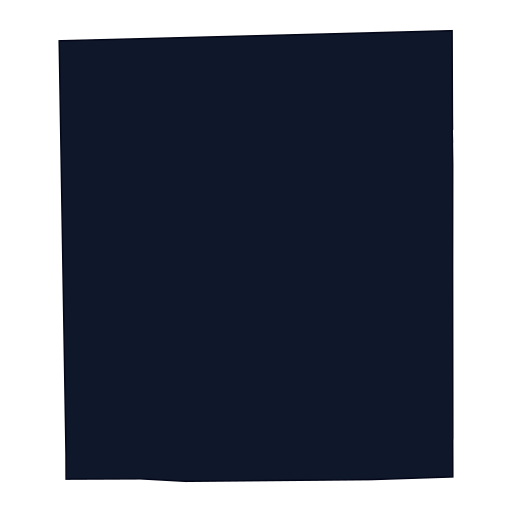 Iroquois, Illinois, United States of America (orthographic projection)
{"feature_id": "52423323B9331267703461", "entity_name": "Iroquois", "entity_type": "district", "adm_level": 2, "iso_a3": "USA", "parent_name": "United States of America", "parent_adm1": "Illinois", "projection": "orthographic", "projection_center": [-87.66, 40.748], "detail": "fine", "context": "isolated", "style": "filled", "palette": "ink", "viewbox_px": 512, "rotation_deg": 0, "n_neighbors": 0, "source": "geoboundaries", "source_scale": "gbopen_adm2", "svg_char_len": 367}
<svg xmlns="http://www.w3.org/2000/svg" viewBox="0 0 512 512"><path d="M452.6,265.8L452.6,265.7L452.7,164.8L452.4,143.0L452.5,142.2L452.2,130.5L452.5,129.4L452.4,115.4L452.1,30.7L59.2,40.8L66.0,454.1L66.1,479.1L140.5,478.8L185.4,481.3L370.5,479.6L452.8,476.9L452.8,476.6L452.7,439.2L452.8,439.0L452.6,265.8Z" fill="#0f172a" stroke="#020617" stroke-width="1.5"/></svg>